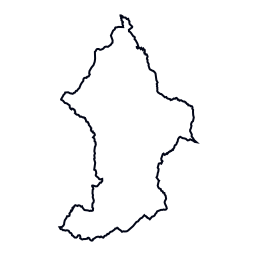 the district of Sigchos, Cotopaxi, Ecuador
{"feature_id": "8360857B12215357040494", "entity_name": "Sigchos", "entity_type": "district", "adm_level": 2, "iso_a3": "ECU", "parent_name": "Ecuador", "parent_adm1": "Cotopaxi", "projection": "natural_earth1", "projection_center": [-78.944, -0.614], "detail": "fine", "context": "isolated", "style": "outline", "palette": "ink", "viewbox_px": 256, "rotation_deg": 0, "n_neighbors": 0, "source": "geoboundaries", "source_scale": "gbopen_adm2", "svg_char_len": 5749}
<svg xmlns="http://www.w3.org/2000/svg" viewBox="0 0 256 256"><path d="M59.5,227.2L60.6,229.1L62.1,229.3L63.0,230.2L63.8,230.1L65.5,230.6L66.3,230.3L67.7,230.4L68.8,230.9L69.7,232.6L71.1,233.1L71.8,234.2L72.0,235.3L72.9,235.7L74.7,237.5L76.3,237.6L77.2,236.9L78.1,235.4L79.4,235.2L79.9,235.5L80.2,236.2L80.4,237.3L80.2,238.3L82.2,239.5L83.8,239.0L85.0,239.1L87.3,238.7L87.6,237.9L88.3,237.7L89.3,238.2L89.4,238.8L90.4,240.0L91.4,240.6L92.1,240.6L92.7,240.3L92.8,239.6L93.3,238.9L94.2,238.6L95.9,237.3L97.2,236.8L98.7,236.7L99.6,237.2L99.8,237.0L100.4,237.1L100.7,236.6L101.4,236.6L102.4,237.4L103.4,237.6L104.6,235.9L106.4,235.4L107.4,233.9L108.3,234.1L108.8,233.8L109.9,232.3L110.9,231.7L111.9,231.5L114.6,229.5L115.3,228.5L116.5,228.4L117.1,227.8L117.4,228.1L118.0,228.2L118.3,228.8L120.8,230.5L122.0,231.8L123.3,231.3L124.7,231.5L126.8,231.3L128.1,230.5L133.1,226.1L136.4,222.0L138.1,221.3L139.1,219.9L140.4,218.5L142.1,217.7L144.3,215.2L144.7,215.7L145.6,216.0L146.8,216.9L146.7,217.2L147.3,217.7L148.2,218.2L148.6,218.2L149.8,219.3L152.0,216.7L153.7,216.2L154.6,215.5L155.5,213.7L156.4,212.9L157.1,211.4L160.9,209.9L162.6,209.9L163.6,209.5L164.9,209.8L166.0,209.5L166.8,208.5L166.4,206.8L164.9,203.5L164.6,202.2L164.9,201.1L166.1,198.8L165.6,195.7L164.6,194.4L164.4,193.0L163.0,192.6L162.7,191.4L161.2,190.7L160.7,189.0L159.3,188.5L158.4,187.5L157.7,185.6L158.5,181.9L159.0,180.9L158.6,180.8L158.3,179.8L156.5,177.4L157.3,175.9L157.8,172.9L158.3,171.6L158.6,169.0L157.7,167.7L158.8,163.6L160.3,163.2L161.3,163.7L161.9,162.6L161.8,162.1L162.5,161.3L162.4,160.9L161.5,160.3L161.2,158.7L162.8,154.1L163.6,153.6L164.3,154.7L164.7,154.9L165.0,154.4L166.0,154.2L166.4,153.7L167.1,154.0L167.6,153.5L167.5,152.9L168.3,152.7L168.9,151.9L169.9,151.7L170.4,150.8L171.4,150.9L172.3,149.7L172.7,150.0L173.1,149.9L173.3,148.9L174.3,147.5L174.4,146.3L175.0,145.2L175.8,144.9L176.6,143.8L176.9,142.5L177.6,141.6L178.0,139.3L179.1,137.5L180.2,136.8L182.7,138.2L183.9,138.3L185.8,138.8L187.6,140.4L188.9,140.2L190.1,139.3L193.5,140.9L194.7,141.9L196.5,142.2L194.2,140.2L193.1,138.3L191.6,136.4L191.8,134.4L190.1,131.1L190.2,129.6L190.8,128.6L191.5,125.7L191.1,125.1L191.1,124.0L191.8,122.2L193.0,121.1L193.8,117.5L193.2,115.1L193.0,111.8L193.1,109.8L192.3,108.7L192.5,107.4L192.1,106.4L191.4,106.1L190.6,106.2L190.1,105.6L189.3,105.3L188.3,105.3L187.9,104.2L187.0,104.0L186.0,102.6L185.5,102.6L185.2,102.0L184.5,101.5L183.2,101.5L181.0,100.2L179.4,100.7L178.6,99.6L177.7,99.7L177.4,98.8L176.6,97.9L175.7,98.1L175.0,98.8L173.8,98.5L172.3,99.6L171.3,99.9L170.9,99.6L170.5,99.9L170.2,99.2L167.5,98.5L166.9,98.0L166.3,97.0L164.9,97.3L161.4,94.1L160.4,94.0L158.0,92.4L157.2,91.0L157.4,89.2L157.2,88.3L157.4,87.8L157.2,87.0L156.9,86.5L157.2,85.2L156.7,84.0L157.6,82.5L156.4,80.2L155.5,73.4L154.2,71.6L153.6,71.4L153.2,70.9L152.4,70.7L150.0,69.4L149.5,68.7L148.5,65.4L148.7,64.8L148.6,63.8L147.5,62.0L147.5,59.6L146.9,58.9L147.0,58.0L147.6,56.8L147.5,56.2L146.7,54.4L146.1,54.3L145.5,54.5L145.0,53.3L144.5,53.4L144.2,52.2L144.8,51.4L144.7,49.9L144.4,49.6L143.7,49.7L143.2,48.4L142.8,48.6L142.5,49.5L141.4,48.0L140.7,49.0L139.7,47.8L138.6,47.9L137.8,48.5L136.9,47.8L136.8,47.0L138.1,47.1L138.3,46.4L137.4,43.5L135.6,40.2L134.6,39.3L134.8,37.3L134.3,36.7L133.3,36.3L130.9,32.8L129.8,31.7L129.0,31.4L128.9,29.8L132.1,27.4L132.2,26.5L129.7,24.2L129.3,22.4L129.5,21.4L128.4,19.9L128.2,18.8L126.7,19.0L125.6,17.6L123.1,17.4L122.6,16.3L121.0,15.4L120.5,15.4L120.5,15.9L121.3,17.8L121.1,18.3L121.5,18.7L121.5,20.4L122.8,21.8L122.4,22.5L122.8,22.8L122.4,23.4L122.5,24.5L123.1,25.7L122.9,26.5L123.1,27.1L118.3,26.9L116.8,27.4L115.7,27.4L115.3,27.6L114.7,29.4L113.1,30.6L110.9,35.6L112.6,40.3L112.5,42.7L111.6,43.4L111.1,44.5L108.0,46.8L106.0,46.6L104.7,47.0L103.2,48.7L101.5,49.5L100.2,49.8L99.6,49.6L98.8,49.0L97.2,49.0L96.5,49.5L95.5,51.3L94.9,51.8L95.1,58.8L94.7,61.8L93.5,65.1L91.5,67.5L89.5,71.0L89.2,73.2L89.3,73.8L89.8,74.3L88.7,76.4L87.1,76.8L86.7,77.7L86.4,77.9L85.3,77.7L84.1,78.1L83.4,79.2L83.3,80.9L81.8,82.8L80.7,84.6L79.4,88.0L77.9,89.4L77.0,90.8L76.0,90.9L75.0,92.5L73.8,92.9L73.5,93.4L72.4,93.8L71.1,93.4L70.3,93.4L68.2,92.3L65.2,92.5L64.7,93.8L63.3,95.2L63.2,95.7L61.2,99.1L61.1,99.6L63.1,100.8L64.8,102.9L66.8,103.4L69.6,105.4L69.8,107.6L70.7,108.9L71.5,109.4L71.9,108.6L72.8,108.7L74.5,109.8L74.5,110.5L75.1,111.1L75.3,112.5L74.9,113.1L75.4,113.6L76.6,114.6L78.5,114.9L78.9,115.6L79.2,115.7L80.1,116.8L81.0,116.5L82.8,117.4L83.8,117.3L84.1,117.8L85.0,118.0L85.0,118.7L85.6,119.1L86.2,121.5L87.1,121.7L87.5,122.3L87.9,122.2L88.8,123.9L88.8,124.9L90.5,126.9L90.7,127.7L91.3,128.2L90.9,129.9L91.3,130.2L91.3,130.9L92.3,131.8L92.8,131.6L93.0,132.6L93.7,132.7L94.4,133.4L94.9,135.0L93.0,137.4L94.2,138.3L94.6,139.6L94.6,141.4L95.3,141.8L95.7,143.1L95.5,143.6L95.8,144.4L95.4,146.0L94.9,146.9L94.4,150.5L94.4,151.6L95.0,153.3L94.3,155.3L94.7,158.1L94.1,158.9L95.2,162.8L94.2,169.7L95.5,170.2L96.0,171.4L96.3,173.5L96.0,174.0L95.7,175.2L96.1,176.0L98.5,177.9L99.1,179.0L100.3,179.4L102.2,178.9L102.3,180.9L101.0,182.7L100.2,182.6L99.7,183.0L99.1,184.0L97.3,186.2L95.8,186.4L93.0,185.5L92.3,185.5L92.1,185.8L92.2,186.4L93.2,188.0L93.3,189.0L92.7,189.7L92.5,193.5L93.0,195.1L92.7,197.1L93.8,200.4L93.6,202.1L93.3,202.7L92.6,203.3L92.4,204.2L92.3,207.4L93.1,208.3L92.9,210.4L91.8,210.9L90.8,210.6L89.9,211.0L87.8,210.4L84.9,210.1L84.3,209.9L83.6,209.0L82.2,207.1L82.1,206.4L81.0,206.6L80.3,205.8L78.9,205.3L78.0,205.5L77.6,206.0L75.3,205.2L74.4,205.9L74.2,206.7L73.4,207.2L73.3,207.7L72.7,207.6L72.3,208.1L72.7,209.0L72.5,209.6L71.9,210.5L71.2,210.3L70.9,210.8L71.2,211.5L70.7,211.8L69.4,213.5L69.7,214.4L69.4,215.8L68.3,216.3L67.1,216.2L66.3,218.1L64.8,220.3L64.2,222.9L64.1,224.3L63.4,225.6L61.9,227.0L59.5,227.2Z" fill="none" stroke="#020617" stroke-width="2"/></svg>